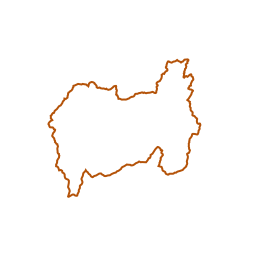 outline of Rodriguez de Mendoza, Amazonas, Peru, rotated 46°
{"feature_id": "86281439B72683184025265", "entity_name": "Rodriguez de Mendoza", "entity_type": "district", "adm_level": 2, "iso_a3": "PER", "parent_name": "Peru", "parent_adm1": "Amazonas", "projection": "robinson", "projection_center": [-77.448, -6.363], "detail": "fine", "context": "isolated", "style": "outline", "palette": "amber", "viewbox_px": 256, "rotation_deg": 46, "n_neighbors": 0, "source": "geoboundaries", "source_scale": "gbopen_adm2", "svg_char_len": 5828}
<svg xmlns="http://www.w3.org/2000/svg" viewBox="0 0 256 256"><g transform="rotate(46 128 128)"><path d="M87.4,190.3L88.7,190.3L89.6,190.5L90.2,190.2L90.6,190.1L91.1,190.6L91.6,190.6L92.6,191.2L93.5,192.9L94.5,193.8L95.6,194.6L96.8,195.7L97.7,196.0L98.7,195.7L99.2,196.3L100.2,196.6L100.7,197.5L101.3,198.1L101.9,200.7L102.4,201.9L103.2,202.5L104.0,203.8L104.3,205.0L105.6,206.3L106.7,205.7L107.6,205.6L109.0,206.1L110.6,207.0L111.2,206.2L111.5,205.5L113.0,205.1L114.4,206.1L116.0,205.6L117.2,205.8L117.6,206.0L118.2,206.6L119.2,207.4L120.7,208.0L121.7,207.8L123.5,207.0L124.1,207.0L124.9,207.2L126.4,208.7L128.8,212.1L129.9,212.5L131.2,212.8L132.9,213.7L135.7,218.7L136.1,218.6L136.4,218.1L137.3,214.2L138.2,213.2L139.6,213.0L140.4,212.6L141.2,211.9L141.3,211.4L140.5,210.2L139.6,207.5L138.7,206.8L138.4,206.3L137.8,204.4L136.2,202.8L136.1,202.3L136.3,200.6L136.0,199.5L135.6,198.7L134.8,198.0L132.6,197.1L132.1,196.6L131.0,193.7L129.5,191.6L129.3,188.4L129.0,187.7L130.5,188.0L131.6,187.7L133.8,188.1L134.9,187.8L135.4,187.8L137.1,188.2L138.6,187.8L139.0,186.9L138.9,186.4L139.2,185.4L140.0,184.0L140.7,180.9L140.8,180.4L141.6,179.4L142.0,179.0L142.3,178.9L142.8,179.0L143.8,178.9L144.8,178.4L145.9,178.4L146.3,178.2L147.2,177.3L148.1,175.5L149.4,173.9L149.8,171.6L150.7,169.2L151.6,167.7L151.5,166.0L152.2,164.6L152.6,161.5L152.2,160.4L152.1,159.7L152.4,158.5L152.9,157.1L153.5,154.1L154.1,153.8L155.9,152.1L156.3,151.8L157.0,151.8L157.6,151.2L158.0,150.6L158.3,150.0L158.6,148.7L158.8,146.8L159.6,144.8L159.8,143.3L161.5,142.6L162.1,141.7L165.2,138.8L164.8,136.1L164.1,134.2L164.3,133.7L164.7,133.4L164.7,132.7L164.1,131.5L163.1,130.5L163.5,128.2L162.3,123.2L162.2,121.6L162.2,119.9L162.7,119.5L163.1,119.3L164.7,119.1L165.4,119.1L166.6,119.8L167.3,119.1L167.7,119.0L168.1,119.1L168.5,120.5L169.0,121.2L169.3,121.3L170.9,121.2L171.7,121.7L172.2,125.3L172.4,125.6L173.0,125.8L173.9,127.2L174.0,127.9L174.7,128.6L174.9,129.5L175.8,130.4L176.6,132.5L179.3,130.9L181.0,131.6L182.4,132.5L182.8,132.6L185.4,131.8L185.9,131.9L186.6,132.4L187.5,132.5L189.3,131.7L189.7,131.1L189.6,130.4L189.7,130.0L192.2,127.3L192.4,126.9L192.5,125.5L193.5,124.5L193.7,122.8L195.0,120.4L196.2,117.8L196.0,116.2L196.1,112.8L195.6,112.3L195.2,110.9L194.7,110.1L192.8,108.8L191.1,105.8L190.2,104.8L189.4,104.3L188.6,104.1L187.7,103.5L187.7,103.0L188.2,101.2L187.0,98.9L185.5,98.6L184.4,97.6L183.4,97.1L182.7,96.2L181.3,95.0L180.9,93.8L180.5,93.4L180.0,93.2L179.5,92.1L178.9,91.6L178.7,91.2L178.6,90.8L178.6,89.9L178.2,87.9L177.1,86.2L177.1,85.8L177.3,85.4L178.7,84.1L180.7,82.8L180.9,82.2L180.1,80.4L178.9,79.0L178.6,77.5L178.0,76.7L177.2,76.3L176.2,74.0L175.9,73.7L174.9,73.2L174.5,73.4L173.9,74.5L173.0,74.7L172.4,74.7L171.0,73.8L169.8,72.5L169.6,72.0L168.6,71.8L167.7,72.1L166.2,71.9L165.3,72.0L164.2,72.7L163.6,72.8L163.4,72.7L162.0,70.9L161.5,70.6L159.0,70.6L158.6,70.4L158.0,70.0L157.0,68.9L155.6,68.7L155.0,68.1L154.0,66.6L153.8,66.4L152.7,66.2L152.2,65.3L149.1,65.9L149.0,65.5L149.1,64.4L148.0,59.8L147.8,59.1L147.1,58.0L146.5,56.4L146.4,55.5L146.2,55.3L144.3,55.8L143.0,56.8L141.6,57.3L141.1,56.6L141.0,55.4L140.5,54.5L141.2,53.2L140.3,52.6L139.7,51.8L139.2,50.3L138.8,49.7L138.6,47.6L138.3,47.1L136.3,46.0L135.9,46.0L135.0,46.4L133.9,45.8L133.6,45.4L133.1,45.4L132.6,46.6L132.5,49.6L132.4,49.8L131.1,50.0L130.9,50.3L130.7,51.1L130.8,52.6L130.2,52.8L129.7,52.4L129.0,51.2L128.2,50.3L128.1,49.9L127.4,49.8L127.2,48.7L126.4,48.3L126.1,47.2L125.1,45.9L125.2,44.9L124.5,43.8L124.2,43.2L123.0,42.8L122.4,42.2L122.4,41.1L122.6,40.4L122.6,40.1L121.6,39.4L121.5,39.0L121.5,37.9L121.0,37.3L120.4,37.3L120.0,37.5L118.1,39.9L118.3,42.4L117.7,43.5L117.8,44.1L117.7,44.4L116.5,44.5L114.7,45.3L113.2,45.4L113.0,47.2L112.6,48.1L111.8,49.2L111.4,51.0L111.2,51.3L109.3,52.3L108.4,52.4L107.9,53.1L108.4,54.6L109.5,56.6L110.3,57.4L110.4,58.3L110.6,58.6L111.3,58.9L112.3,58.8L113.1,58.9L113.9,59.6L114.0,60.2L113.5,61.6L113.7,62.9L114.2,64.4L113.3,64.8L113.2,67.0L114.1,67.5L115.4,69.3L115.8,70.5L116.3,72.6L115.6,74.3L115.4,75.8L115.7,76.4L116.4,76.9L117.9,76.9L118.2,77.4L118.1,78.6L118.8,79.3L119.7,79.7L120.6,80.8L121.0,81.8L122.1,83.1L122.1,83.4L122.0,83.9L121.1,84.6L119.8,84.9L119.1,85.2L117.8,87.7L116.0,89.9L115.8,90.5L115.0,91.2L113.8,91.6L113.4,92.7L112.6,92.8L111.9,93.5L111.1,95.3L110.7,95.5L110.5,95.9L110.0,97.4L108.8,98.7L108.6,99.0L108.7,99.8L109.2,101.1L109.2,102.0L108.7,103.1L108.1,103.7L107.5,105.7L107.4,107.0L106.9,107.8L106.5,109.1L105.7,110.2L105.0,110.8L103.2,112.8L101.2,113.6L100.4,114.6L98.9,113.7L97.4,113.1L97.0,113.3L96.3,113.0L95.7,113.3L94.9,112.1L94.0,111.3L93.6,110.3L93.2,109.9L92.6,109.6L91.9,109.6L91.4,109.0L90.4,108.4L89.9,107.6L89.4,107.4L88.8,108.0L88.1,109.6L88.3,110.4L88.0,113.7L86.9,115.6L85.6,116.2L84.7,116.3L84.7,116.7L84.5,117.1L82.7,118.0L81.9,119.0L80.3,120.1L79.4,120.2L79.0,120.5L78.8,121.1L77.9,122.1L76.6,122.1L76.3,121.6L75.8,121.3L73.6,121.1L73.0,121.3L72.3,120.9L71.0,121.3L70.0,121.9L69.5,122.4L69.2,123.3L69.0,123.7L68.9,124.4L69.1,125.5L70.3,127.2L70.4,127.5L69.6,127.4L69.1,127.8L67.8,127.8L64.7,130.1L64.5,131.1L61.6,133.3L60.4,136.8L59.9,137.6L59.8,138.1L60.6,138.8L60.7,139.7L61.4,140.8L61.7,142.3L61.7,142.9L61.4,144.0L61.4,146.0L61.2,146.3L61.6,147.2L62.5,148.1L62.9,149.1L64.1,150.4L63.9,152.5L63.6,152.8L62.7,153.3L63.5,154.2L63.7,154.8L63.6,155.9L64.0,157.2L64.4,157.8L65.0,160.7L64.4,162.6L65.0,166.0L64.8,167.8L64.8,169.0L65.7,170.7L65.5,171.3L65.1,171.6L65.1,171.9L65.2,172.9L65.7,174.2L65.5,175.1L66.6,175.9L67.4,176.8L69.5,176.9L69.8,177.0L69.3,178.3L69.2,180.0L69.4,181.5L69.9,182.5L70.5,182.7L71.1,182.7L72.2,183.4L73.2,183.6L73.7,183.3L75.1,181.9L75.6,181.7L76.5,181.8L77.5,182.2L77.8,182.1L78.1,181.7L78.7,181.7L79.0,182.1L79.5,183.4L79.7,185.5L81.0,188.0L81.7,188.2L84.2,188.3L85.5,189.2L86.5,189.4L87.0,189.7L87.4,190.3Z" fill="none" stroke="#b45309" stroke-width="2"/></g></svg>